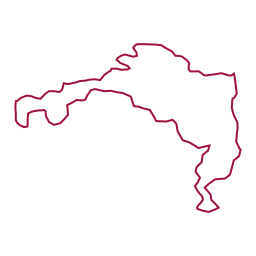 the district of Psematismenos, Larnaca, Cyprus, rotated 90°
{"feature_id": "46923920B35113056649454", "entity_name": "Psematismenos", "entity_type": "district", "adm_level": 2, "iso_a3": "CYP", "parent_name": "Cyprus", "parent_adm1": "Larnaca", "projection": "equal_earth", "projection_center": [33.351, 34.757], "detail": "fine", "context": "isolated", "style": "outline", "palette": "rose", "viewbox_px": 256, "rotation_deg": 90, "n_neighbors": 0, "source": "geoboundaries", "source_scale": "gbopen_adm2", "svg_char_len": 2144}
<svg xmlns="http://www.w3.org/2000/svg" viewBox="0 0 256 256"><g transform="rotate(90 128 128)"><path d="M83.2,192.2L89.6,193.8L92.0,196.5L91.3,200.9L91.1,206.9L93.7,210.6L98.8,215.5L98.1,219.8L96.1,224.9L95.6,229.3L97.9,235.1L100.4,238.1L101.5,239.7L100.4,240.1L106.4,240.6L110.9,240.4L113.6,240.2L116.6,240.2L120.1,240.2L121.6,239.5L122.7,238.9L125.2,236.1L127.1,232.1L126.6,228.7L124.6,228.4L118.9,228.3L113.5,227.9L111.8,224.6L111.2,222.2L110.4,217.5L110.4,214.5L110.0,211.7L111.5,210.3L116.1,210.1L119.3,208.3L122.1,207.0L124.8,201.9L123.1,195.6L119.2,191.8L114.8,188.0L109.1,188.4L105.1,188.8L102.5,183.6L99.9,179.3L100.5,174.2L99.7,170.8L95.2,168.5L90.3,165.3L89.1,161.1L89.2,160.3L91.2,152.2L90.8,145.1L92.4,138.1L92.9,133.5L96.6,125.2L100.9,123.8L106.1,122.1L106.9,116.4L108.3,113.2L109.9,106.2L117.3,101.7L121.1,99.8L121.5,89.6L119.8,83.5L123.7,79.7L131.6,78.3L139.9,73.4L140.5,72.6L142.0,67.5L145.3,61.7L148.0,57.7L145.5,46.5L150.7,48.0L154.9,53.3L162.0,54.3L167.1,59.4L171.8,60.4L177.6,56.1L182.4,58.2L186.0,61.1L190.5,58.7L193.4,56.5L196.5,53.7L199.7,53.1L203.0,55.4L205.0,57.4L207.4,59.0L209.0,58.4L209.6,56.4L210.9,52.6L211.9,47.3L209.3,40.5L207.7,37.4L205.8,38.9L202.8,41.7L199.9,44.6L194.5,45.5L191.8,47.7L187.6,51.3L183.9,47.3L179.3,40.9L178.6,31.1L174.8,26.2L173.2,25.6L160.4,22.2L156.0,16.9L149.5,15.4L148.7,16.5L141.6,19.8L133.1,19.1L128.8,18.5L122.7,18.5L116.0,21.8L112.4,23.1L107.7,24.2L99.0,23.6L97.2,21.3L93.5,19.3L77.1,21.3L73.6,22.1L75.5,24.6L75.5,26.9L74.6,29.9L73.2,34.5L74.3,41.4L75.5,50.4L75.0,52.4L73.3,54.3L71.3,57.4L71.4,61.1L71.4,65.5L69.6,67.3L66.7,67.3L65.3,67.2L63.3,66.7L60.7,68.7L58.5,71.4L56.4,74.3L55.9,77.5L55.8,80.5L51.2,84.3L48.5,89.5L45.2,94.8L44.6,99.7L44.4,106.1L44.1,114.1L44.2,118.8L45.2,120.7L47.7,122.7L49.2,122.0L52.5,119.5L55.8,119.1L56.7,122.7L55.7,126.6L54.5,130.8L55.6,134.7L58.0,138.3L59.9,139.4L61.1,137.7L62.9,135.9L64.4,132.2L66.0,128.3L68.3,126.4L69.5,128.7L69.8,135.2L68.7,138.7L68.7,144.5L70.8,145.4L72.2,148.0L75.0,151.8L80.1,155.8L79.3,160.9L79.5,165.6L80.7,171.1L81.0,176.0L82.3,179.6L84.0,187.3L84.0,188.9L83.2,192.2Z" fill="none" stroke="#9f1239" stroke-width="2"/></g></svg>